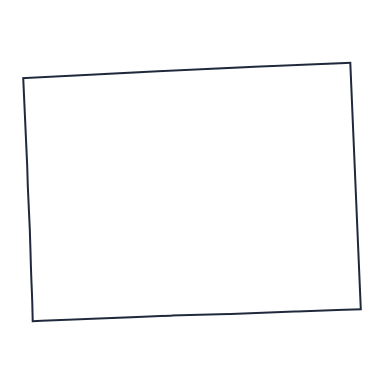 outline of Steuben, Indiana, United States of America, rotated 178°
{"feature_id": "52423323B27504102629323", "entity_name": "Steuben", "entity_type": "district", "adm_level": 2, "iso_a3": "USA", "parent_name": "United States of America", "parent_adm1": "Indiana", "projection": "natural_earth1", "projection_center": [-84.924, 41.643], "detail": "fine", "context": "isolated", "style": "outline", "palette": "slate", "viewbox_px": 384, "rotation_deg": 178, "n_neighbors": 0, "source": "geoboundaries", "source_scale": "gbopen_adm2", "svg_char_len": 515}
<svg xmlns="http://www.w3.org/2000/svg" viewBox="0 0 384 384"><g transform="rotate(178 192 192)"><path d="M355.5,136.2L355.6,124.2L355.6,110.3L355.5,97.3L355.5,92.3L355.5,86.5L355.7,68.4L344.8,68.6L339.5,68.6L339.4,68.6L249.3,69.0L225.5,69.2L224.9,69.1L216.5,69.1L215.4,69.3L160.8,68.8L159.4,68.7L94.1,69.0L89.2,68.9L47.9,69.0L27.4,68.9L29.3,315.6L124.5,315.0L219.0,313.9L356.7,311.7L355.8,224.0L355.8,220.4L355.9,204.6L355.9,203.6L355.4,159.0L355.5,136.2Z" fill="none" stroke="#1e293b" stroke-width="2"/></g></svg>